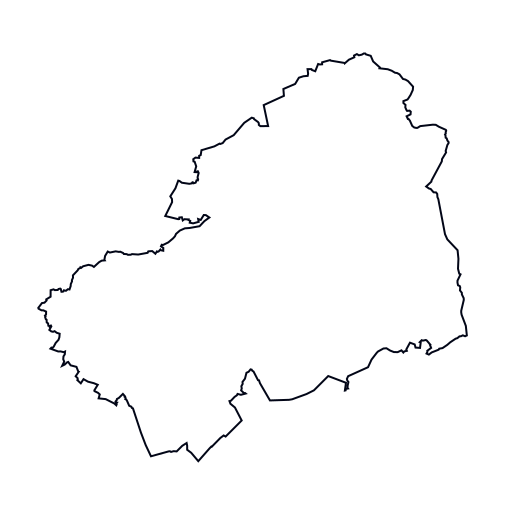 Tullamore Lea-7, Offaly, Ireland (Albers equal-area conic projection), rotated 273°
{"feature_id": "5873133B47279722730616", "entity_name": "Tullamore Lea-7", "entity_type": "district", "adm_level": 2, "iso_a3": "IRL", "parent_name": "Ireland", "parent_adm1": "Offaly", "projection": "albers", "projection_center": [-7.574, 53.293], "detail": "fine", "context": "isolated", "style": "outline", "palette": "ink", "viewbox_px": 512, "rotation_deg": 273, "n_neighbors": 0, "source": "geoboundaries", "source_scale": "gbopen_adm2", "svg_char_len": 5427}
<svg xmlns="http://www.w3.org/2000/svg" viewBox="0 0 512 512"><g transform="rotate(273 256 256)"><path d="M366.3,213.7L363.3,208.7L358.8,196.0L353.9,195.5L353.1,194.0L351.0,194.1L351.1,190.4L349.4,188.3L347.2,188.6L346.9,189.8L342.4,191.6L336.6,190.3L336.6,192.6L337.4,192.8L337.6,193.5L335.9,194.4L332.1,193.6L330.8,193.6L329.6,194.2L328.5,194.0L328.5,192.7L326.1,191.9L325.7,191.0L325.3,189.6L326.3,189.1L326.3,188.7L325.1,187.8L324.6,185.6L325.3,178.1L326.9,175.7L327.2,174.4L319.4,172.0L311.1,167.3L308.5,169.1L305.4,169.4L291.2,163.3L288.7,176.4L288.9,177.4L290.4,177.4L290.8,179.9L287.7,181.0L289.0,182.6L289.0,186.5L288.6,186.3L287.6,188.5L285.8,188.1L285.3,191.5L287.1,197.0L289.9,196.3L289.1,198.9L294.2,201.7L294.2,203.8L292.0,207.4L288.1,202.6L282.8,198.1L280.5,188.2L279.9,183.5L277.4,178.6L273.9,175.0L271.4,174.0L269.2,172.2L265.0,167.7L262.1,162.5L262.3,161.3L260.7,160.6L259.2,163.0L256.4,163.1L256.8,160.5L257.4,160.1L255.5,158.6L255.0,157.6L255.4,156.8L253.0,155.4L255.5,152.1L255.0,148.2L253.5,147.6L251.3,138.3L251.4,132.1L250.7,130.8L250.5,128.0L251.1,126.8L251.1,123.9L252.0,123.2L253.2,120.2L252.9,119.0L253.3,115.6L251.8,109.9L252.7,107.7L248.2,105.3L244.3,104.8L243.7,105.2L243.3,102.2L241.7,99.7L236.6,94.7L237.8,92.8L238.4,89.2L236.7,83.9L235.0,82.0L235.5,81.2L234.7,80.9L233.8,79.3L232.4,78.7L227.1,74.2L224.7,74.4L222.2,73.4L221.1,73.6L218.2,72.5L216.3,72.5L212.8,71.5L213.0,69.9L211.3,68.0L211.7,66.0L210.5,65.5L210.2,64.6L210.1,63.6L212.8,62.8L213.2,62.2L212.7,60.5L211.7,59.8L211.4,56.9L212.1,55.6L211.1,52.7L204.6,53.0L201.7,48.8L200.6,49.2L198.3,47.2L197.8,44.7L192.8,41.3L192.0,41.6L190.5,44.7L190.6,46.5L189.5,49.3L186.7,49.4L185.4,48.4L184.8,49.0L184.0,48.6L181.9,49.4L181.4,50.2L178.7,50.5L177.8,51.9L175.5,52.3L175.3,53.3L174.8,53.5L175.8,54.8L175.0,55.3L171.4,53.5L170.0,55.5L169.7,57.3L170.4,58.8L168.9,61.0L168.1,64.0L164.6,63.9L162.0,63.2L158.7,60.5L154.8,58.7L153.5,57.4L153.8,56.5L152.7,55.6L150.3,63.5L150.5,65.8L149.9,69.0L150.6,70.3L147.8,70.2L145.7,69.0L142.8,68.9L140.5,70.0L136.2,68.2L137.6,70.7L139.9,72.9L140.4,74.0L137.1,76.6L135.9,82.5L131.2,84.6L131.1,85.0L126.5,82.2L124.7,84.2L123.3,84.5L122.7,84.1L119.7,87.7L124.0,90.2L121.7,94.8L120.5,100.7L119.1,104.7L113.4,101.6L112.6,101.8L111.1,105.4L109.6,107.2L105.6,106.3L105.2,113.4L101.3,122.2L99.6,124.3L100.6,124.6L101.1,124.0L102.3,124.8L102.4,123.5L103.3,123.3L104.9,124.5L105.9,124.6L107.1,126.5L111.3,130.3L110.9,130.7L109.0,132.5L108.5,132.2L107.9,133.0L106.8,133.3L106.3,133.0L105.7,134.1L104.6,134.8L99.8,137.2L99.0,139.4L97.8,140.0L97.4,141.1L73.7,150.3L61.5,155.7L50.5,161.6L56.3,179.0L56.5,180.3L55.9,181.4L56.8,184.0L56.7,187.0L62.6,192.3L65.6,196.5L62.9,197.2L58.9,197.4L56.1,201.6L48.1,209.1L61.6,219.8L63.4,221.4L63.2,221.8L72.4,229.9L75.1,233.1L74.1,235.1L91.0,250.3L103.6,242.9L107.1,238.2L109.7,237.1L110.2,238.6L114.2,242.0L115.9,244.2L117.3,244.8L116.6,248.2L118.1,252.9L118.6,252.2L118.4,251.2L121.0,248.2L123.0,248.7L125.2,248.2L127.6,249.4L129.5,249.1L132.9,251.4L138.9,252.6L140.0,254.7L142.5,256.5L142.3,257.6L141.2,258.3L140.5,259.6L132.1,264.5L132.0,265.5L129.2,266.6L112.5,277.5L114.1,296.5L114.8,299.6L120.8,313.7L124.9,320.9L139.9,334.4L134.1,352.5L126.3,351.8L126.5,352.5L128.0,352.6L128.5,354.8L129.1,354.3L131.3,354.3L135.0,354.9L136.4,353.7L138.0,353.2L140.8,354.3L150.8,373.7L158.6,376.8L165.6,381.6L167.0,382.8L170.3,388.1L170.7,391.1L168.6,394.9L167.3,398.7L167.4,402.5L169.4,406.2L167.3,408.2L168.5,409.1L169.2,411.6L170.6,411.0L177.5,414.3L176.0,419.1L172.9,420.1L172.8,424.6L178.3,425.0L178.6,424.1L180.6,425.9L180.2,427.0L181.0,430.0L180.5,431.0L176.6,434.7L176.3,434.4L173.4,435.7L170.3,432.0L169.2,432.2L167.5,431.4L166.6,433.8L168.9,436.5L172.0,443.3L173.0,443.8L173.8,447.1L177.3,451.7L180.0,454.5L183.9,459.7L184.5,461.4L186.4,463.4L186.6,464.9L187.6,466.7L186.8,469.0L187.7,470.7L197.2,469.2L208.1,464.4L210.3,463.9L212.0,463.8L223.0,465.8L224.8,465.6L228.4,463.6L230.0,463.5L232.3,461.5L235.4,461.6L236.7,461.0L237.3,459.3L239.9,458.6L241.9,458.5L248.4,461.2L249.0,459.9L253.8,458.4L263.8,458.3L272.3,457.0L282.6,446.2L287.7,443.6L322.3,435.1L324.3,434.1L327.5,433.7L328.9,432.5L328.9,430.0L332.1,426.9L332.4,425.3L334.3,422.3L339.4,427.2L340.7,427.4L360.2,436.6L362.5,436.7L369.4,440.4L370.8,439.9L376.9,441.3L378.8,442.4L379.8,442.4L381.3,441.1L383.4,440.3L384.1,439.2L386.5,438.9L387.1,438.4L388.5,439.1L389.6,438.9L391.0,439.4L391.9,439.0L394.7,431.8L396.4,428.7L396.4,425.8L394.3,413.2L392.4,410.5L392.3,409.3L392.6,407.3L394.1,405.2L399.2,402.6L400.9,401.1L400.8,400.5L403.4,399.1L405.5,402.9L408.2,403.0L409.2,401.8L408.8,399.3L410.0,398.4L412.3,397.3L414.7,397.4L416.5,395.2L418.4,395.1L420.2,399.1L421.4,399.9L424.9,401.9L430.0,403.9L433.3,404.0L438.6,398.7L440.0,396.0L440.5,393.5L444.9,389.8L446.1,387.3L446.3,385.2L448.1,381.9L449.4,377.8L449.9,369.5L450.8,369.8L456.4,362.8L461.9,360.1L463.1,355.2L463.9,354.6L463.9,353.1L462.6,351.1L461.8,348.2L462.9,346.2L461.3,343.4L459.6,343.8L456.9,338.5L453.1,334.6L453.4,334.5L455.0,320.5L455.5,319.7L452.9,311.9L450.9,312.0L450.6,309.7L451.0,308.0L443.6,305.5L444.7,302.1L445.5,301.6L445.3,297.7L440.8,298.5L438.6,298.2L438.0,294.0L436.3,289.5L429.9,286.1L424.2,274.6L417.4,275.5L407.1,255.8L386.4,261.3L385.9,253.6L387.0,252.0L388.9,251.8L389.9,251.0L392.6,246.9L393.4,246.6L393.9,244.5L388.4,237.3L375.5,227.4L370.7,219.5L367.0,216.8L366.0,214.4L366.3,213.7Z" fill="none" stroke="#020617" stroke-width="2"/></g></svg>